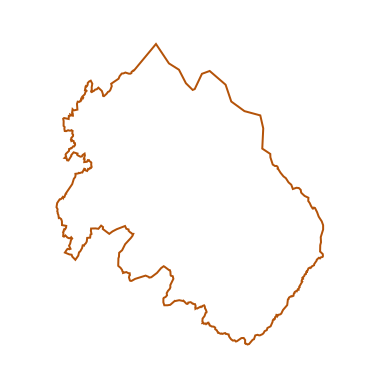 the district of Nenagh Lea-5, North Tipperary, Ireland, rotated 103°
{"feature_id": "5873133B70886709487680", "entity_name": "Nenagh Lea-5", "entity_type": "district", "adm_level": 2, "iso_a3": "IRL", "parent_name": "Ireland", "parent_adm1": "North Tipperary", "projection": "natural_earth1", "projection_center": [-8.077, 52.997], "detail": "fine", "context": "isolated", "style": "outline", "palette": "amber", "viewbox_px": 384, "rotation_deg": 103, "n_neighbors": 0, "source": "geoboundaries", "source_scale": "gbopen_adm2", "svg_char_len": 6031}
<svg xmlns="http://www.w3.org/2000/svg" viewBox="0 0 384 384"><g transform="rotate(103 192 192)"><path d="M275.9,300.8L279.6,302.2L280.4,297.4L280.2,295.2L281.9,294.1L284.3,290.4L279.6,288.5L276.2,288.5L275.1,287.6L271.4,286.5L268.6,286.5L268.5,285.1L267.6,285.1L266.0,284.0L264.0,283.4L260.3,283.8L259.4,281.0L256.2,281.3L255.5,280.5L252.6,281.8L250.3,282.1L249.2,277.9L248.9,274.9L245.2,273.0L246.2,270.8L248.1,270.6L251.4,263.2L248.3,260.6L245.2,257.0L240.2,249.6L242.6,247.7L242.8,245.4L244.0,245.1L245.2,243.2L245.5,242.1L246.2,241.1L246.0,239.8L248.0,240.1L250.3,241.1L257.9,245.4L264.5,247.0L267.6,249.3L271.6,248.6L273.1,248.8L280.0,247.4L280.6,247.2L282.0,244.5L283.7,242.6L285.2,241.8L285.4,240.8L286.3,240.8L284.8,238.0L285.5,235.3L285.2,234.5L286.9,233.8L287.7,234.2L289.4,234.2L292.2,232.6L292.4,232.0L292.2,230.9L289.4,227.8L283.9,218.4L284.5,215.0L285.0,214.4L284.2,212.5L278.7,207.9L273.1,205.0L270.7,202.9L270.9,202.1L273.3,196.7L273.1,196.1L274.3,195.2L277.9,194.1L278.3,193.7L278.4,191.8L280.8,190.6L287.6,192.2L289.8,191.6L291.4,191.9L293.8,193.2L296.3,193.9L298.3,193.1L300.2,194.1L301.5,195.7L302.3,195.9L305.9,195.1L308.6,193.5L307.8,190.2L306.8,187.8L302.0,184.3L302.1,184.0L300.3,180.1L300.2,176.2L299.8,175.9L302.1,172.3L302.1,171.4L301.8,171.0L300.6,170.8L299.7,168.7L299.9,167.6L300.7,166.4L300.5,165.8L300.8,164.8L300.6,163.8L302.3,162.8L303.6,162.9L305.0,162.4L304.3,161.8L304.4,160.8L301.9,158.0L302.1,157.5L301.7,157.3L301.6,156.6L300.7,156.2L299.7,154.7L300.5,153.9L302.7,153.0L303.2,152.3L305.5,150.8L306.1,150.8L306.6,151.5L310.1,151.9L312.9,153.2L315.7,152.8L316.4,152.1L317.4,152.3L317.1,151.3L317.7,150.7L317.1,149.3L317.6,148.6L315.8,147.2L315.6,146.6L316.6,146.2L316.6,145.6L318.1,144.7L318.0,144.2L318.6,142.7L318.3,140.5L318.9,138.9L320.5,138.5L321.2,136.7L322.5,135.7L322.7,135.0L323.4,134.8L323.3,134.0L323.7,132.4L323.2,131.3L323.5,130.7L322.0,128.0L322.7,127.0L322.4,126.3L322.7,125.3L322.5,124.3L324.6,123.2L326.7,120.8L327.6,118.7L326.9,117.1L327.8,115.6L327.2,114.6L323.2,111.0L322.6,108.8L324.3,106.9L327.4,106.3L327.9,105.5L327.6,104.8L328.1,103.7L327.3,102.2L322.4,99.7L321.5,98.5L317.5,98.1L316.4,96.0L316.6,94.5L316.4,93.6L314.7,91.4L313.6,90.6L311.2,89.9L309.8,88.1L307.5,87.9L305.2,85.2L300.5,84.3L298.9,84.4L297.7,83.9L297.9,83.3L297.0,82.7L295.3,82.9L294.7,82.2L292.7,82.1L292.7,81.0L293.4,80.7L292.2,80.2L291.6,78.8L290.5,77.7L286.5,76.8L280.8,73.8L275.0,74.4L274.5,73.8L273.1,73.8L271.5,72.3L271.5,71.7L270.9,71.3L271.0,70.7L270.3,69.8L267.8,69.9L267.3,69.3L266.3,69.4L265.3,68.4L265.2,67.6L264.5,67.7L263.7,66.8L263.1,66.9L263.0,66.2L262.3,66.5L260.5,65.7L260.1,66.2L254.5,64.4L254.1,65.2L252.0,65.0L251.6,64.2L250.8,64.4L250.5,65.0L248.5,63.7L246.9,63.6L246.4,62.6L244.3,62.7L244.1,62.0L243.0,62.3L242.5,61.7L240.3,61.4L239.4,60.5L239.5,59.8L238.9,59.6L238.8,58.9L237.5,58.5L235.9,56.6L234.7,56.7L230.7,55.1L229.9,55.2L227.6,53.6L227.9,52.4L226.9,52.0L225.9,50.2L225.0,50.0L223.1,50.6L221.2,53.8L214.9,55.1L212.0,55.0L207.0,56.4L199.0,55.8L194.8,56.8L191.4,59.0L187.5,63.0L183.5,65.6L179.9,68.6L179.8,69.7L180.9,70.2L181.0,70.7L178.8,72.9L176.3,74.8L174.6,76.7L171.4,77.3L170.5,81.4L168.7,84.5L168.0,85.5L165.4,86.6L164.1,88.8L164.4,91.2L166.4,94.4L162.6,96.9L160.9,100.1L157.4,103.7L156.2,106.4L153.3,110.1L150.6,112.8L150.1,113.8L149.4,113.5L148.0,114.5L147.6,115.6L148.0,117.0L147.1,119.5L140.6,123.4L137.3,124.3L133.9,133.3L114.0,136.9L102.0,142.7L101.4,159.1L95.0,174.1L79.9,183.4L70.1,202.0L74.6,208.9L91.1,212.5L92.4,214.3L87.4,222.4L75.8,232.2L71.9,243.4L55.9,260.4L86.5,275.8L87.1,276.3L86.9,276.6L88.6,277.9L89.8,277.8L90.6,278.7L90.9,280.2L90.6,283.8L91.8,285.4L92.4,287.1L95.5,288.6L98.1,289.0L104.7,295.1L106.9,294.0L110.8,294.5L112.5,295.2L113.4,296.4L115.5,297.3L118.4,299.3L118.5,300.0L118.2,300.4L116.7,300.8L113.8,302.6L111.4,306.7L113.3,307.9L114.0,309.4L115.6,310.4L116.3,311.6L116.7,311.6L117.2,312.2L116.9,312.9L115.7,312.9L115.5,312.5L112.6,313.3L108.9,313.5L106.3,315.7L107.6,317.2L109.2,318.1L111.0,317.8L112.5,318.2L113.0,318.5L112.6,319.2L113.0,319.4L116.8,319.2L116.6,318.4L117.2,317.5L118.5,318.3L121.0,318.5L123.7,320.3L124.6,319.2L124.9,319.3L125.6,319.5L125.4,320.8L125.6,321.0L127.3,321.0L127.5,320.6L128.7,321.0L128.9,321.8L129.6,322.2L129.7,323.7L132.0,323.9L137.5,322.2L139.1,325.6L138.2,327.0L141.8,326.7L142.3,326.5L142.0,326.1L142.3,325.9L144.4,325.2L144.6,326.0L144.0,328.0L144.5,327.8L145.5,328.2L145.6,329.1L148.6,328.6L148.7,333.3L149.6,334.0L151.8,333.0L156.5,332.0L157.4,330.7L159.1,330.6L161.2,329.7L161.0,328.3L159.7,326.6L159.8,325.4L159.4,323.7L158.9,323.4L159.3,322.1L162.1,321.8L162.8,320.8L164.2,320.5L166.7,321.8L167.4,321.5L168.3,321.8L169.5,321.0L168.8,320.3L169.1,320.1L168.9,318.9L170.9,317.8L170.8,317.0L172.4,316.5L174.1,317.1L174.2,318.0L176.1,319.0L176.3,319.7L177.0,319.9L177.7,321.4L179.6,321.1L183.1,323.4L184.1,323.6L185.7,322.7L187.5,323.8L187.4,321.7L189.2,320.8L189.1,319.5L184.0,317.7L183.4,318.0L180.0,316.3L180.3,312.2L181.5,312.3L181.9,311.8L182.7,308.7L182.1,307.3L180.6,306.9L178.8,305.3L180.4,304.6L184.1,304.8L184.2,304.0L187.1,303.7L186.2,301.2L184.3,300.6L184.2,299.5L185.0,299.2L185.4,297.6L186.1,296.7L188.3,296.3L190.2,295.4L191.3,295.8L191.7,296.2L191.4,296.7L193.2,297.8L193.0,298.5L195.1,298.9L194.8,301.2L193.7,301.4L193.6,302.2L197.5,303.2L197.4,303.5L198.9,305.7L198.8,306.6L199.6,307.2L200.5,309.7L202.0,309.2L203.8,309.2L205.7,310.1L211.3,310.5L221.8,314.6L222.1,314.3L222.6,314.8L225.6,315.2L226.0,316.0L226.6,316.1L226.2,316.4L226.5,316.7L226.2,316.9L228.0,317.8L228.9,318.8L228.9,319.3L233.1,320.9L237.3,320.6L239.0,319.1L241.3,318.9L241.9,318.3L243.0,318.1L244.3,317.1L247.1,316.0L246.8,315.7L247.8,313.4L249.7,312.2L253.5,311.2L253.3,306.9L255.0,306.7L257.0,307.3L256.9,308.1L258.3,308.4L259.0,308.1L260.2,308.6L260.8,308.1L264.1,307.6L264.3,306.7L262.8,305.6L264.3,303.3L264.6,302.2L264.7,301.3L263.9,299.7L263.3,299.5L264.2,298.3L266.0,299.1L269.8,299.1L272.0,299.7L274.7,297.6L275.4,298.6L275.3,300.2L275.9,300.8Z" fill="none" stroke="#b45309" stroke-width="2"/></g></svg>